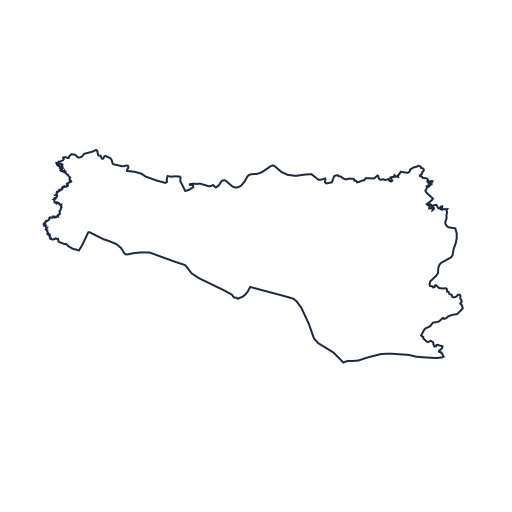 Pa Tio, Yasothon, Thailand, rotated 258°
{"feature_id": "78962969B66944967065262", "entity_name": "Pa Tio", "entity_type": "district", "adm_level": 2, "iso_a3": "THA", "parent_name": "Thailand", "parent_adm1": "Yasothon", "projection": "equal_earth", "projection_center": [104.435, 15.866], "detail": "fine", "context": "isolated", "style": "outline", "palette": "slate", "viewbox_px": 512, "rotation_deg": 258, "n_neighbors": 0, "source": "geoboundaries", "source_scale": "gbopen_adm2", "svg_char_len": 5992}
<svg xmlns="http://www.w3.org/2000/svg" viewBox="0 0 512 512"><g transform="rotate(258 256 256)"><path d="M309.5,391.6L307.3,387.7L309.3,379.5L307.5,377.5L307.8,376.2L307.0,372.1L307.0,370.1L308.5,369.7L309.4,367.8L310.5,368.0L311.2,367.5L312.2,363.6L312.3,359.7L313.6,357.6L316.3,355.2L316.9,353.2L318.0,352.9L318.2,351.2L317.8,349.0L312.3,345.6L312.4,339.8L313.9,338.8L316.4,339.8L317.5,339.7L317.1,335.1L317.5,333.1L324.5,327.2L325.5,320.7L326.1,311.6L328.9,303.6L333.1,298.2L340.4,292.6L341.1,291.1L340.9,289.3L337.3,280.7L336.4,277.2L336.1,273.8L337.0,268.3L336.6,265.7L335.6,264.1L331.4,260.5L328.3,256.6L327.5,255.2L327.0,252.1L327.2,250.1L328.8,247.5L336.2,241.8L336.8,240.5L336.7,238.3L332.6,234.0L331.4,231.2L331.7,230.5L334.3,228.9L333.8,226.0L333.9,224.7L338.5,216.1L338.7,213.3L339.8,209.7L340.1,206.8L339.9,206.2L339.4,206.1L338.6,208.6L338.0,209.1L336.4,208.9L334.5,203.7L334.3,200.3L345.1,197.5L348.3,198.5L349.5,198.0L350.8,193.3L351.2,189.5L352.6,186.1L349.0,184.4L347.1,184.5L346.3,182.6L350.6,174.3L356.7,164.5L360.3,161.1L363.6,154.8L366.0,147.6L367.3,147.9L369.0,149.6L370.9,149.5L371.5,147.8L371.4,144.3L375.4,135.5L376.3,134.9L379.2,134.9L381.8,134.0L385.1,129.6L385.0,128.5L383.0,126.6L383.2,125.5L386.5,124.7L386.9,123.4L387.7,122.5L391.7,122.6L393.0,121.7L392.0,117.2L391.7,109.3L389.4,106.4L389.0,103.8L389.5,102.3L392.5,100.3L393.9,96.9L392.7,94.3L390.9,93.2L390.9,92.3L392.3,90.4L392.5,88.1L392.2,87.7L390.8,88.1L389.9,87.3L389.0,83.8L389.3,82.5L388.2,81.8L388.5,80.5L387.9,80.8L387.7,80.2L386.2,80.6L386.7,81.7L385.9,82.2L386.5,82.5L386.9,83.8L386.6,84.5L385.8,84.6L385.8,85.5L385.4,85.7L384.9,85.1L383.5,85.2L383.9,84.6L384.5,84.8L383.8,83.7L384.3,82.3L383.0,83.4L382.5,82.5L381.5,83.0L381.7,83.9L382.4,84.2L382.3,84.8L381.8,85.0L380.9,84.0L380.0,84.1L379.9,83.0L379.3,83.5L379.3,85.0L378.6,85.0L378.4,85.9L378.8,86.2L378.1,86.2L378.1,86.8L377.5,86.5L377.5,87.2L375.2,87.8L374.5,89.0L372.7,89.4L371.3,90.6L370.0,89.5L368.3,89.7L368.3,90.4L367.4,90.8L367.0,90.2L367.3,89.4L366.8,89.4L366.5,87.3L365.9,85.9L365.5,85.9L365.6,86.6L364.6,86.1L364.2,86.7L363.4,86.0L363.3,83.8L364.0,83.3L363.6,82.8L364.0,82.3L363.7,81.0L363.2,80.7L363.0,81.5L362.7,80.7L361.5,80.2L361.6,79.1L361.0,78.5L361.6,77.6L360.8,77.3L360.9,76.7L360.5,76.6L360.4,75.9L359.8,75.5L360.0,74.5L358.9,74.0L358.0,74.1L357.3,72.7L356.9,73.9L356.5,73.9L356.5,73.3L355.7,73.7L354.6,72.8L354.3,71.7L354.6,71.5L354.6,70.9L353.9,70.4L353.5,70.8L353.3,69.9L352.8,70.4L350.2,70.1L349.7,71.1L349.9,72.1L349.1,72.1L349.5,72.7L348.9,72.9L349.0,74.0L347.1,74.6L346.9,76.1L346.5,75.8L345.9,76.2L345.1,75.6L343.8,75.9L343.1,74.9L341.5,74.4L340.7,73.1L338.0,73.0L337.3,71.7L337.5,71.2L337.0,71.1L336.5,70.0L335.7,70.3L336.1,68.9L335.5,68.5L335.5,67.2L336.5,67.0L336.9,65.6L335.7,64.9L336.6,62.6L336.1,62.4L336.1,61.7L334.9,61.4L334.4,60.7L333.5,58.3L333.9,58.1L333.8,57.5L332.3,56.8L332.5,56.3L331.5,55.0L330.4,56.1L330.5,55.2L329.6,55.1L329.1,56.4L327.2,56.6L327.1,57.4L325.7,55.9L324.5,57.3L323.8,56.8L321.7,57.4L321.4,56.6L320.4,56.8L320.0,57.3L320.1,58.3L319.5,58.2L319.5,58.7L318.5,58.8L317.7,58.1L316.1,58.2L316.0,58.8L315.6,58.5L314.3,60.6L314.8,63.7L314.3,64.0L313.9,65.9L311.0,65.9L307.5,71.0L307.3,72.7L304.2,74.9L300.8,78.7L300.0,80.9L298.2,83.9L302.6,88.1L314.0,96.8L314.0,97.9L304.1,110.3L301.3,115.2L296.6,122.0L291.8,125.7L285.8,127.9L284.9,128.7L284.2,130.5L284.2,137.2L283.5,143.5L281.6,152.5L267.1,175.7L262.5,183.7L261.4,185.1L252.4,189.4L245.9,195.9L229.6,216.9L223.3,224.3L220.1,225.7L219.2,228.3L218.0,229.1L218.9,234.3L220.5,237.5L223.0,240.6L226.9,243.9L209.4,278.3L206.4,283.7L203.4,286.2L195.8,289.6L178.5,293.6L163.5,295.5L157.6,298.9L145.4,311.8L133.6,319.3L134.1,321.5L134.2,324.4L133.2,328.7L132.5,334.3L133.6,344.6L134.1,357.3L133.4,362.5L132.3,368.0L128.1,382.8L127.2,385.5L124.3,391.5L122.0,399.0L118.8,410.8L118.1,416.4L118.5,418.6L122.2,417.7L122.8,416.9L123.5,416.9L124.1,415.2L124.6,415.1L125.6,415.9L127.0,418.8L128.9,419.7L131.5,414.7L131.4,414.0L130.3,413.5L130.4,411.7L132.1,411.2L134.6,411.4L136.8,409.3L136.0,406.4L137.1,404.9L141.2,402.3L142.1,402.7L143.9,400.9L149.2,405.5L150.0,407.0L151.1,411.8L154.0,415.1L153.8,419.6L154.1,421.8L156.5,425.7L156.4,426.4L155.5,426.8L155.4,427.6L155.6,429.0L156.9,431.3L157.3,433.2L157.6,436.5L157.3,440.6L161.7,447.3L164.8,447.3L167.0,445.9L168.3,447.7L169.9,447.8L172.0,446.9L174.4,447.7L175.6,447.2L176.0,446.6L176.0,445.2L175.4,444.9L174.4,442.5L174.4,440.9L175.2,439.5L176.9,439.5L179.0,437.1L181.0,436.8L181.6,435.4L183.7,435.8L184.6,435.5L185.2,434.4L185.1,433.0L186.5,428.5L190.1,425.9L189.8,424.6L188.5,424.2L188.3,422.9L189.7,422.0L190.5,419.9L192.0,419.8L194.9,421.1L199.3,428.3L201.4,430.4L206.6,431.9L209.3,433.6L210.8,435.6L214.1,446.4L215.7,448.3L222.1,450.9L226.4,453.7L231.2,455.9L236.3,457.0L241.6,456.7L244.0,450.4L245.1,449.2L247.6,448.0L250.0,448.2L253.3,450.3L255.9,450.6L258.8,451.9L261.2,451.9L262.1,452.8L262.8,449.0L262.6,447.3L263.7,446.2L264.7,448.2L265.9,448.5L265.9,447.3L264.6,445.8L264.7,444.4L268.6,443.0L268.6,438.4L267.8,438.3L267.1,439.4L265.8,440.0L264.5,439.2L264.2,438.4L265.0,438.9L266.2,438.4L266.1,436.8L266.5,435.3L267.3,435.8L268.3,435.6L268.7,436.0L268.7,436.9L270.0,437.7L270.4,437.1L270.2,434.6L271.2,433.8L273.9,439.4L275.3,441.0L282.3,436.0L284.6,435.2L286.5,437.0L288.3,437.6L287.8,438.3L288.0,439.7L288.3,440.0L288.8,438.9L289.3,441.6L290.4,439.9L291.5,440.3L291.9,441.5L291.1,441.8L291.1,443.3L292.5,444.2L292.9,443.1L292.6,439.3L293.3,439.1L293.7,440.3L296.2,439.5L297.8,435.2L299.1,434.8L300.2,432.9L300.9,433.1L301.7,435.2L303.7,436.2L303.9,437.1L305.3,438.1L306.6,437.8L308.0,435.7L309.4,435.5L310.5,433.6L309.9,431.7L309.9,428.8L308.6,424.9L306.7,423.8L305.8,421.6L308.3,415.1L305.7,412.5L305.3,411.4L303.8,411.5L304.4,410.4L304.4,409.4L306.3,408.2L304.4,407.1L305.0,405.7L304.8,403.8L301.3,405.0L300.7,403.6L302.0,402.0L303.3,402.1L303.7,401.5L303.4,398.2L304.6,396.5L304.7,393.5L306.0,392.3L308.7,392.2L309.5,391.6Z" fill="none" stroke="#1e293b" stroke-width="2"/></g></svg>